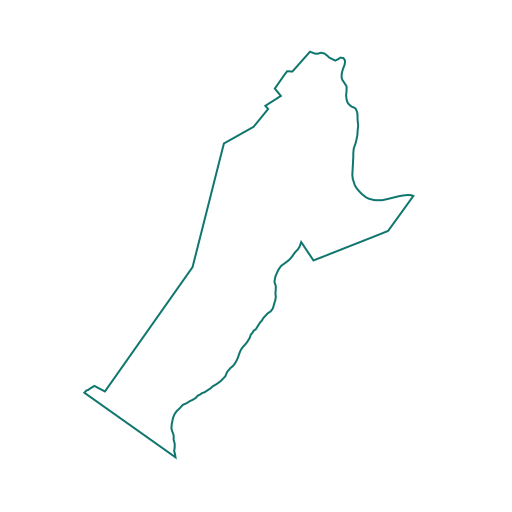 Caracol, Piauí, Brazil (Natural Earth projection), rotated 216°
{"feature_id": "56859067B86745951725371", "entity_name": "Caracol", "entity_type": "district", "adm_level": 2, "iso_a3": "BRA", "parent_name": "Brazil", "parent_adm1": "Piauí", "projection": "natural_earth1", "projection_center": [-43.383, -9.076], "detail": "fine", "context": "isolated", "style": "outline", "palette": "teal", "viewbox_px": 512, "rotation_deg": 216, "n_neighbors": 0, "source": "geoboundaries", "source_scale": "gbopen_adm2", "svg_char_len": 2072}
<svg xmlns="http://www.w3.org/2000/svg" viewBox="0 0 512 512"><g transform="rotate(216 256 256)"><path d="M202.8,45.8L205.3,48.3L207.5,50.0L209.3,53.4L211.4,56.3L214.9,59.2L216.5,61.7L218.6,63.6L220.9,65.0L223.1,66.8L225.4,70.6L228.0,76.3L228.9,80.0L229.0,83.7L228.2,87.9L227.9,91.1L227.6,92.8L225.7,95.9L224.1,99.9L222.6,102.6L221.3,105.8L221.1,108.6L219.9,110.8L219.1,113.3L217.6,115.4L214.9,122.4L214.5,124.8L212.8,128.7L211.6,132.2L210.9,134.8L210.1,140.7L210.8,143.4L211.2,145.8L210.8,150.6L210.0,153.4L209.9,156.7L210.3,160.4L210.8,162.8L212.3,167.8L213.0,170.7L213.2,173.7L212.7,178.5L212.6,181.0L212.9,185.8L214.0,189.4L213.7,191.4L214.0,194.1L213.1,196.5L213.4,200.8L213.6,204.6L213.3,207.2L213.6,210.0L212.8,216.7L211.6,219.7L211.5,222.8L212.1,225.2L212.9,227.1L214.4,231.6L216.1,234.8L218.3,237.1L219.8,239.7L222.3,243.3L225.9,245.9L228.2,250.6L229.0,254.0L229.7,257.5L229.9,260.8L229.8,263.0L228.0,268.5L226.9,272.4L226.5,276.3L226.6,280.6L226.5,282.7L226.0,286.0L226.2,289.1L227.6,293.8L206.9,286.2L169.6,344.8L163.9,353.9L163.9,375.8L164.0,397.0L166.2,396.4L169.0,394.6L172.2,391.8L175.5,388.4L182.4,380.2L186.7,375.3L193.0,370.8L198.3,368.7L201.6,368.1L207.0,368.4L210.6,369.0L214.8,370.1L217.7,371.4L223.1,375.3L225.8,378.3L235.3,393.0L238.0,396.8L240.2,400.6L241.8,406.0L243.3,409.6L245.1,413.5L247.0,416.4L250.0,421.6L253.2,425.1L257.9,431.1L259.4,432.2L260.7,433.1L262.3,433.8L263.9,433.7L266.8,433.0L271.0,433.5L273.0,434.5L274.4,435.6L277.3,438.6L280.3,443.6L282.6,446.6L289.8,449.3L291.7,450.8L293.1,452.7L294.2,454.8L295.4,457.8L296.8,462.9L297.9,465.1L299.1,466.6L301.6,467.5L304.3,466.1L305.2,463.6L306.7,460.7L313.2,459.6L315.7,459.9L317.4,460.0L319.9,460.0L321.4,459.3L322.9,458.6L325.0,455.9L327.0,454.5L332.4,453.0L335.0,426.6L339.4,423.8L339.5,419.2L339.2,402.5L330.0,400.1L336.7,383.0L332.6,382.1L333.9,359.0L335.0,356.7L348.1,328.2L343.3,316.1L339.0,305.3L329.4,281.3L327.9,277.6L321.2,260.8L300.8,209.7L298.6,57.6L310.4,55.9L312.0,52.1L313.1,48.9L314.2,47.4L314.5,44.5L202.8,45.8Z" fill="none" stroke="#0f766e" stroke-width="2"/></g></svg>